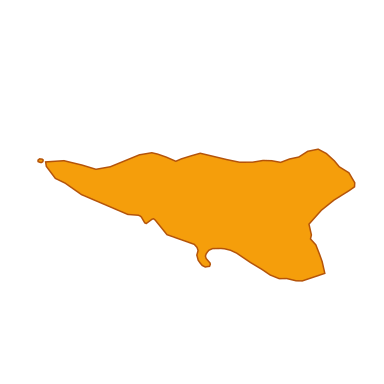 the district of Elobey Grande, Equatorial Guinea, rotated 283°
{"feature_id": "11065452B23490115173263", "entity_name": "Elobey Grande", "entity_type": "district", "adm_level": 2, "iso_a3": "GNQ", "parent_name": "Equatorial Guinea", "parent_adm1": "", "projection": "equal_earth", "projection_center": [9.506, 0.981], "detail": "fine", "context": "isolated", "style": "filled", "palette": "amber", "viewbox_px": 384, "rotation_deg": 283, "n_neighbors": 0, "source": "geoboundaries", "source_scale": "gbopen_adm2", "svg_char_len": 1305}
<svg xmlns="http://www.w3.org/2000/svg" viewBox="0 0 384 384"><g transform="rotate(283 192 192)"><path d="M231.5,206.9L231.6,191.3L227.2,183.3L221.9,174.2L218.3,169.3L220.2,159.1L221.2,150.0L221.2,144.0L216.4,132.4L198.2,106.7L192.5,93.3L193.5,78.9L193.6,68.0L193.7,60.2L188.4,42.6L184.2,44.3L174.5,55.8L172.1,66.4L164.6,84.9L155.7,134.5L157.3,145.0L156.9,147.0L156.2,148.3L151.3,152.9L151.0,154.5L156.5,159.2L157.3,160.6L156.9,161.3L156.5,162.3L144.8,177.2L141.5,206.0L139.1,209.4L136.3,211.1L131.6,210.9L126.9,213.4L124.4,216.2L122.7,218.5L121.9,221.8L122.7,223.6L123.5,225.8L125.5,226.1L126.8,225.6L130.4,220.7L132.6,219.5L134.8,219.7L137.0,220.5L139.1,221.6L141.5,224.8L143.5,232.9L144.0,236.5L143.9,242.6L142.5,249.2L136.5,264.7L132.4,277.3L128.7,286.9L127.2,296.5L129.0,303.8L128.9,313.4L130.2,319.5L142.6,339.7L153.4,334.5L159.8,330.4L168.4,324.5L172.9,318.0L177.0,318.0L187.0,313.2L203.4,322.2L216.0,332.1L229.0,345.1L233.6,349.2L237.6,348.5L246.0,340.6L249.7,329.8L254.3,323.8L259.7,314.3L262.1,305.3L257.7,295.6L250.1,288.2L246.1,279.6L240.8,271.7L240.4,262.6L238.7,254.1L234.7,244.4L231.7,231.7L231.4,218.4L231.5,206.9ZM189.7,39.8L190.3,38.6L190.0,36.0L188.4,34.8L187.0,35.2L186.7,37.1L186.7,38.4L187.4,39.3L188.0,39.8L189.7,39.8Z" fill="#f59e0b" stroke="#b45309" stroke-width="1.5"/></g></svg>